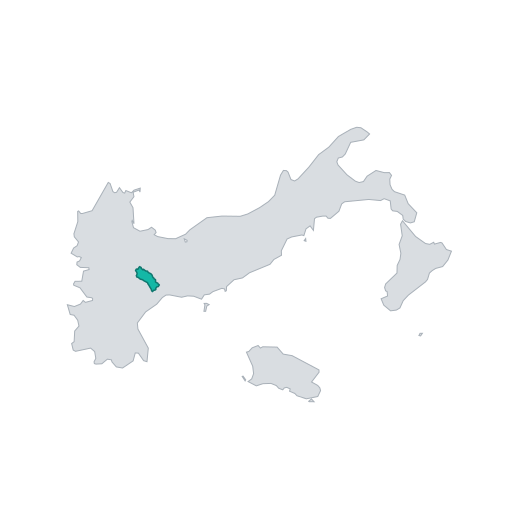 location of Reggio Emilia within Italy, rotated 290°
{"feature_id": "ITA-5359", "entity_name": "Reggio Emilia", "entity_type": "Province", "adm_level": 1, "iso_a3": "ITA", "parent_name": "Italy", "parent_adm1": "", "projection": "orthographic", "projection_center": [10.582, 44.607], "detail": "fine", "context": "in_parent", "style": "filled", "palette": "teal", "viewbox_px": 512, "rotation_deg": 290, "n_neighbors": 0, "source": "natural_earth", "source_scale": "10m", "svg_char_len": 5072}
<svg xmlns="http://www.w3.org/2000/svg" viewBox="0 0 512 512"><g transform="rotate(290 256 256)"><path d="M110.7,112.7L113.3,114.4L123.5,111.3L129.6,113.6L134.7,110.4L138.1,105.3L137.5,101.4L145.7,95.4L146.4,102.6L150.8,107.5L155.1,108.8L154.1,111.6L158.3,117.6L160.0,117.1L160.6,116.0L159.6,111.1L165.9,101.5L166.2,94.8L167.3,94.1L170.3,94.6L172.7,100.9L182.8,99.1L186.2,103.8L187.8,102.9L185.2,94.8L186.5,90.6L189.1,89.9L191.0,91.9L194.8,92.4L195.0,90.0L194.0,88.4L195.4,81.3L201.1,81.9L204.5,84.4L208.5,84.4L211.9,78.7L214.6,77.3L227.4,76.8L236.9,73.2L237.7,73.9L236.0,76.7L236.6,78.4L242.5,86.5L274.6,92.0L274.2,94.1L267.6,99.5L267.1,101.5L268.2,103.2L273.5,104.3L270.1,109.3L270.2,111.1L273.0,111.3L272.8,117.3L276.2,118.9L280.2,124.0L276.4,125.1L278.0,123.6L273.9,118.7L270.0,121.0L263.5,119.0L259.3,123.9L244.6,130.3L247.1,127.5L246.0,127.5L240.7,131.2L239.6,138.5L243.9,145.5L247.3,148.0L245.9,152.4L243.9,154.1L241.2,153.0L240.6,156.9L242.2,167.2L244.7,174.5L252.4,182.4L258.0,184.9L275.2,196.8L281.9,210.4L287.9,227.6L292.7,233.9L302.5,242.7L311.3,249.1L319.5,252.8L340.4,251.4L345.8,252.5L346.6,255.4L345.8,257.4L339.8,262.7L339.7,266.6L342.8,269.1L357.6,275.3L372.7,280.2L383.2,287.2L396.5,292.6L407.4,301.7L411.4,306.6L412.4,310.7L410.6,318.0L409.5,321.0L402.0,317.6L395.2,306.1L382.4,305.0L378.6,303.3L376.2,299.8L372.2,299.7L369.6,301.9L363.4,313.7L360.3,323.8L360.3,327.8L362.7,331.5L369.0,333.1L377.4,339.5L378.2,348.1L380.0,352.8L378.1,355.8L374.0,355.4L368.8,357.6L365.2,361.0L363.8,364.1L364.1,374.9L357.2,381.1L351.6,392.3L342.3,393.0L339.9,389.8L339.6,384.8L341.0,381.7L344.3,380.0L346.2,373.5L345.2,369.0L346.4,366.9L353.7,363.3L353.7,356.8L350.7,354.1L347.7,342.6L337.3,320.8L334.3,318.7L326.4,318.6L316.8,313.1L316.1,310.7L317.5,308.2L316.3,305.0L313.1,299.5L311.1,298.2L299.7,301.2L302.8,296.5L298.6,293.7L291.5,294.0L291.5,292.0L286.1,283.0L282.6,279.4L269.6,278.0L265.4,279.7L258.9,274.0L253.0,272.0L238.0,255.6L230.8,250.8L226.2,243.5L217.2,238.8L213.2,240.0L212.2,239.1L214.3,237.7L213.9,234.9L207.8,227.7L204.3,225.4L201.8,220.7L196.8,219.6L196.9,211.2L195.1,205.3L191.8,200.2L189.9,188.2L188.5,184.8L184.9,182.2L176.8,179.2L165.7,171.4L152.5,167.4L147.0,170.0L132.6,186.3L119.4,189.7L119.2,186.2L124.5,178.7L123.6,175.7L115.4,176.4L105.1,168.9L104.0,162.7L107.2,156.9L109.0,155.6L108.2,151.6L102.0,148.0L99.7,142.6L99.6,140.9L101.2,140.0L105.0,140.5L111.0,137.1L112.9,132.1L104.7,119.0L105.1,116.4L110.7,112.7ZM247.2,185.9L247.6,182.7L244.9,184.8L245.7,186.2L247.2,185.9ZM339.2,381.6L328.9,399.3L325.7,411.0L326.4,415.3L329.7,418.3L328.2,419.6L331.9,424.8L331.9,426.3L327.2,432.7L327.4,438.0L317.8,437.7L309.9,435.0L305.8,429.1L302.6,426.6L299.3,424.8L292.6,425.2L289.6,424.1L271.4,412.6L264.4,409.6L256.4,409.0L253.2,406.4L250.5,401.2L253.5,392.9L258.6,388.2L263.4,393.3L267.4,391.4L267.6,389.7L270.4,387.6L274.1,387.4L288.2,394.3L295.4,391.9L302.1,392.5L308.1,391.2L315.8,386.5L325.0,386.5L335.3,381.0L339.2,381.6ZM173.0,293.4L177.6,307.0L173.1,315.1L174.7,324.0L170.5,354.1L168.4,355.0L156.6,351.3L155.5,358.2L154.0,361.0L151.6,362.7L145.1,362.1L139.0,352.1L138.7,342.3L140.1,339.5L140.4,333.8L142.8,333.6L143.1,329.8L141.7,327.7L139.4,326.9L139.5,322.6L141.2,319.4L141.4,313.7L138.4,306.2L134.1,300.7L135.3,291.5L139.0,294.0L144.6,294.0L151.3,290.6L162.4,279.9L163.8,281.9L168.4,283.8L172.6,288.6L171.0,291.6L173.0,293.4ZM193.7,223.5L194.6,225.7L194.3,228.6L192.1,226.9L186.8,227.6L186.2,226.0L192.7,224.7L193.7,223.5ZM140.6,357.0L138.9,360.4L137.3,355.8L137.5,355.2L140.6,357.0ZM138.7,284.9L136.1,288.7L134.9,288.5L138.1,284.2L138.7,284.9ZM240.3,438.8L237.2,438.0L237.0,436.3L239.5,436.6L240.3,438.8ZM289.4,296.7L286.9,297.9L286.9,296.0L289.4,296.7Z" fill="#d9dde1" stroke="#a8b0b8" stroke-width="1"/><path d="M187.2,170.8L187.6,169.9L188.2,169.4L188.8,169.0L189.3,168.5L190.5,166.9L191.7,165.6L193.0,163.8L193.5,163.5L193.7,163.3L193.9,162.8L194.4,159.1L194.8,157.8L194.9,157.1L194.7,155.6L194.8,154.7L195.6,152.7L195.6,152.3L195.5,151.5L195.5,151.2L196.3,150.6L196.5,150.3L197.0,150.4L198.1,150.4L199.0,150.2L199.8,149.6L200.6,148.7L201.0,147.9L201.3,147.8L201.5,147.9L202.1,147.9L202.4,147.9L202.5,148.0L202.9,148.3L203.0,148.5L203.1,148.8L203.0,149.1L203.0,149.3L203.1,149.5L205.5,150.0L205.9,150.2L205.9,150.3L206.2,150.5L206.0,151.0L206.0,151.6L205.9,152.0L205.4,152.2L205.1,152.5L204.4,154.3L204.5,154.3L204.8,154.5L205.0,154.7L205.0,154.9L205.0,155.1L204.8,155.5L204.3,157.2L204.2,157.6L204.3,158.1L204.6,158.8L204.6,159.1L204.5,159.5L204.4,159.6L204.1,159.8L203.8,160.2L203.7,160.4L203.6,160.7L203.4,163.1L203.1,163.9L202.7,164.6L202.2,165.1L200.9,166.2L200.5,166.7L200.3,167.6L199.8,168.0L199.6,168.3L199.6,168.6L199.5,169.3L199.4,169.6L198.9,169.9L197.3,170.4L197.1,170.9L196.9,172.6L196.8,173.1L196.3,173.5L196.2,173.7L196.0,174.6L195.9,174.8L195.7,175.0L194.3,174.7L193.9,174.6L193.2,173.6L192.9,173.3L192.7,173.2L191.3,172.9L191.1,172.9L190.4,173.3L190.2,173.3L189.6,172.9L189.3,172.5L189.2,172.4L188.9,171.8L188.8,171.6L188.7,171.5L188.0,171.3L187.2,170.8Z" fill="#14b8a6" stroke="#0f766e" stroke-width="1.5"/></g></svg>